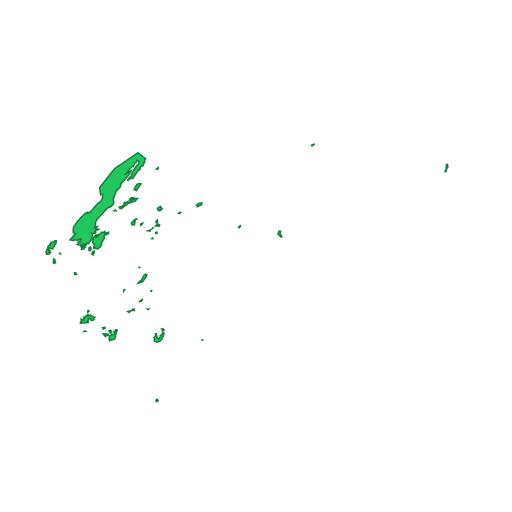 Stykkishólmsbær, Vesturland, Iceland (orthographic projection), rotated 169°
{"feature_id": "244011B37463664010444", "entity_name": "Stykkishólmsbær", "entity_type": "district", "adm_level": 2, "iso_a3": "ISL", "parent_name": "Iceland", "parent_adm1": "Vesturland", "projection": "orthographic", "projection_center": [-22.794, 65.108], "detail": "fine", "context": "isolated", "style": "filled", "palette": "green", "viewbox_px": 512, "rotation_deg": 169, "n_neighbors": 0, "source": "geoboundaries", "source_scale": "gbopen_adm2", "svg_char_len": 6198}
<svg xmlns="http://www.w3.org/2000/svg" viewBox="0 0 512 512"><g transform="rotate(169 256 256)"><path d="M396.9,345.7L396.0,346.3L394.8,344.9L395.9,341.5L397.5,339.5L401.1,337.9L410.2,330.9L413.0,330.0L413.7,330.5L413.4,331.0L415.5,330.5L423.4,325.0L429.0,319.9L430.6,316.9L430.2,315.4L431.2,314.5L430.3,313.5L430.1,312.4L429.0,312.3L432.3,309.8L432.3,309.1L433.9,308.8L435.4,307.3L431.9,305.9L430.6,306.8L428.5,305.2L427.3,306.3L424.5,305.9L426.0,303.5L426.9,304.4L428.2,302.9L428.4,301.8L429.3,301.4L426.1,300.1L426.0,298.4L425.4,297.3L426.0,295.8L423.6,295.7L422.0,297.3L425.4,298.0L425.7,299.1L424.5,299.4L424.7,299.7L424.3,300.8L423.5,300.7L423.7,299.8L422.8,300.1L423.2,298.7L422.5,298.6L421.8,298.8L422.8,299.2L422.7,300.2L422.2,300.5L420.9,299.6L420.3,299.7L419.9,300.9L418.0,300.1L413.8,304.1L413.9,305.3L412.3,307.8L412.7,309.6L409.9,308.9L409.1,309.5L409.8,309.9L409.5,311.0L408.7,310.2L409.2,311.0L405.5,312.2L407.0,313.0L408.1,312.1L408.3,312.8L408.0,314.0L405.4,315.6L409.2,314.6L407.2,318.2L407.5,319.2L404.5,322.7L392.4,331.5L388.9,332.1L385.9,334.4L385.2,336.4L385.6,337.2L385.3,338.9L380.7,346.5L376.4,349.3L374.7,352.6L365.1,360.0L362.2,363.6L369.6,360.8L364.5,363.5L364.8,364.4L360.9,367.3L359.3,367.1L357.3,370.4L355.7,371.0L354.4,372.6L353.0,371.0L353.1,369.9L354.5,368.2L355.9,367.6L361.9,360.9L363.1,358.2L365.2,357.3L367.9,354.5L365.0,355.8L362.0,355.8L355.7,362.2L353.3,363.2L353.0,363.5L353.4,364.4L352.7,365.4L349.5,366.3L348.4,368.6L347.5,368.8L347.0,371.5L345.7,372.5L352.2,379.9L378.2,368.7L396.4,353.1L396.9,345.7ZM412.1,294.1L410.1,293.1L406.8,294.7L406.4,296.0L405.2,296.8L405.5,297.7L404.9,298.5L401.2,302.9L401.5,304.5L401.2,305.3L396.7,306.0L396.2,307.5L399.7,307.1L400.1,307.4L399.7,309.0L401.6,308.2L402.8,308.8L406.7,306.6L407.7,305.1L408.0,305.2L406.5,307.6L410.4,304.4L408.4,307.5L411.9,305.3L413.9,300.6L412.6,297.7L413.8,294.9L413.6,294.3L412.3,294.6L411.6,295.8L412.1,294.1ZM441.2,223.5L433.5,222.7L434.4,223.7L433.0,224.4L432.0,226.6L430.5,226.2L430.2,224.2L428.7,223.9L427.1,224.5L427.3,225.7L426.0,226.8L427.3,227.1L429.7,229.6L431.3,228.8L431.8,230.6L433.2,230.1L432.7,229.9L433.0,229.1L437.1,228.7L437.0,227.7L436.3,227.5L437.4,225.9L439.7,227.4L439.5,225.8L440.6,225.1L440.3,224.7L441.2,223.5ZM369.9,190.3L366.5,190.7L364.1,192.3L361.7,196.1L361.1,198.2L361.8,198.4L364.0,196.5L365.1,196.4L365.6,194.6L367.5,193.1L369.0,195.5L368.5,196.3L368.9,197.4L368.7,198.7L369.6,198.8L369.7,196.8L371.8,195.4L371.6,192.8L372.1,192.0L369.9,190.3ZM415.7,200.8L410.4,201.5L408.0,207.1L406.7,208.7L406.6,210.2L408.2,210.3L408.0,209.1L408.4,208.6L410.0,209.0L409.5,207.0L410.9,206.0L412.0,206.6L415.3,205.3L415.5,203.6L416.3,202.5L415.4,201.7L415.7,200.8ZM456.8,303.0L454.1,301.8L453.9,302.8L451.8,304.2L451.7,305.3L450.2,306.2L449.0,308.9L450.6,309.4L451.3,308.1L454.1,308.7L456.5,306.5L456.1,306.3L456.3,305.6L458.1,305.3L459.2,303.2L456.8,303.0ZM357.8,349.5L359.5,348.9L363.0,344.6L361.0,342.9L355.2,348.8L357.8,349.5ZM376.9,251.8L372.4,252.2L367.4,257.0L366.8,258.3L367.7,259.3L370.1,257.9L373.6,253.6L374.8,253.6L376.9,251.8ZM378.9,328.2L374.8,330.5L373.8,330.3L371.1,332.8L371.8,333.8L373.7,333.0L374.8,333.8L375.7,331.9L377.8,330.4L381.0,330.1L380.5,328.6L378.9,328.2ZM461.3,297.7L458.4,297.4L456.9,298.7L458.6,299.5L457.1,300.8L458.2,301.3L458.1,302.6L459.3,302.9L460.7,301.4L461.4,299.1L461.3,297.7ZM366.7,334.7L370.9,331.9L364.1,333.0L361.4,335.1L364.0,335.5L366.7,334.7ZM343.6,319.6L341.7,318.6L341.1,319.6L339.8,319.4L339.0,320.5L340.6,323.1L341.3,322.5L341.1,321.9L343.7,321.8L343.4,320.0L343.6,319.6ZM304.3,315.6L299.6,316.7L298.9,318.4L302.6,318.6L304.8,317.2L303.9,316.7L304.3,315.6ZM228.6,276.1L230.3,273.3L228.0,269.9L227.1,269.8L227.1,270.9L228.0,273.5L227.1,275.6L228.6,276.1ZM368.0,313.6L370.9,313.0L372.1,311.9L371.7,310.3L370.2,309.6L369.0,310.5L368.0,313.6ZM420.9,208.8L419.1,205.5L418.6,206.3L416.7,206.3L415.7,207.4L420.9,208.8ZM455.7,290.4L455.5,289.4L456.1,288.9L456.2,287.8L455.1,287.1L453.9,288.0L454.4,291.5L455.1,291.6L455.7,290.4ZM346.5,306.0L348.8,304.6L345.4,303.7L344.7,304.8L346.5,306.0ZM368.4,336.5L369.8,334.8L365.3,336.5L366.8,337.0L368.4,336.5ZM418.1,292.8L417.2,293.1L416.2,295.6L416.8,295.0L417.0,295.5L416.7,296.4L418.4,295.9L418.9,293.6L418.1,292.8ZM51.4,309.6L52.6,306.3L52.5,305.4L50.6,306.7L50.6,309.5L51.4,309.6ZM416.8,289.5L415.9,288.1L415.1,289.8L414.5,289.5L414.0,291.8L415.9,290.9L416.1,289.8L416.8,289.5ZM412.8,210.8L414.6,210.5L413.2,208.0L412.2,209.4L412.8,210.8ZM354.4,301.8L357.3,301.4L355.3,300.6L354.4,301.8ZM361.8,200.7L362.5,199.6L360.6,200.8L361.2,201.0L360.9,201.6L361.4,202.4L362.6,202.4L361.8,200.7ZM346.9,308.1L347.2,307.6L346.3,307.6L346.0,310.1L347.2,309.6L347.7,308.3L346.9,308.1ZM180.4,354.2L180.2,353.5L179.4,353.4L177.0,354.9L180.4,354.2ZM437.3,274.2L437.7,273.1L437.4,272.5L435.7,272.1L436.2,273.9L437.3,274.2ZM375.4,235.6L377.7,234.1L379.7,233.4L377.2,233.4L375.4,235.6ZM387.1,227.4L387.9,226.0L385.9,225.8L385.6,226.9L387.1,227.4ZM381.7,132.3L380.3,132.1L379.6,133.0L380.0,133.6L380.8,132.8L380.5,134.1L381.2,134.1L381.7,133.4L381.7,132.3ZM420.3,214.9L419.9,213.4L417.7,214.1L417.9,214.8L420.3,214.9ZM389.5,226.2L392.5,225.9L391.2,224.8L389.5,226.2ZM265.1,289.2L266.4,288.4L267.7,287.4L266.7,286.9L265.1,289.2ZM348.7,298.4L350.1,298.2L350.2,297.2L348.8,297.2L348.7,298.4ZM361.0,309.9L362.9,309.5L363.4,308.2L361.8,308.7L361.0,309.9ZM52.5,304.3L53.7,304.2L54.3,302.7L53.5,302.6L52.5,304.3ZM335.2,361.5L335.9,361.1L337.2,360.4L336.3,359.9L335.2,360.5L335.2,361.5ZM431.5,234.5L431.9,232.9L430.4,233.7L431.1,234.6L431.5,234.5ZM323.9,312.7L323.1,312.3L321.6,312.8L322.3,313.5L323.9,312.7ZM390.7,248.4L392.3,247.8L392.5,246.7L390.7,248.4ZM385.1,328.0L386.5,327.6L384.9,327.0L385.1,328.0ZM352.2,303.4L353.3,302.2L351.7,303.2L352.2,303.4ZM447.6,296.1L449.0,296.1L447.4,295.4L447.6,296.1ZM355.0,292.9L353.2,292.5L354.4,293.5L355.0,292.9ZM368.0,314.8L366.1,314.7L366.6,315.5L368.0,314.8ZM372.7,224.7L372.0,223.9L371.4,224.5L372.7,224.7ZM365.6,242.0L366.3,240.9L364.5,242.3L365.6,242.0ZM325.8,184.2L324.3,183.7L324.3,183.8L325.8,184.2ZM438.6,215.2L439.2,214.7L437.8,214.6L438.6,215.2ZM371.5,267.4L373.3,266.9L373.5,266.7L371.5,267.4Z" fill="#22c55e" stroke="#15803d" stroke-width="1.5"/></g></svg>